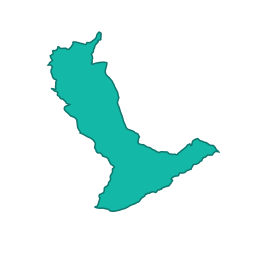 California, Santander, Colombia, rotated 285°
{"feature_id": "7082276B83568043326279", "entity_name": "California", "entity_type": "district", "adm_level": 2, "iso_a3": "COL", "parent_name": "Colombia", "parent_adm1": "Santander", "projection": "natural_earth1", "projection_center": [-72.928, 7.347], "detail": "fine", "context": "isolated", "style": "filled", "palette": "teal", "viewbox_px": 256, "rotation_deg": 285, "n_neighbors": 0, "source": "geoboundaries", "source_scale": "gbopen_adm2", "svg_char_len": 5809}
<svg xmlns="http://www.w3.org/2000/svg" viewBox="0 0 256 256"><g transform="rotate(285 128 128)"><path d="M213.1,75.2L211.7,74.4L210.4,73.9L207.0,73.8L206.0,73.4L205.1,72.9L203.1,71.3L202.0,70.5L201.3,69.7L200.8,69.3L200.3,68.4L200.1,66.8L199.8,66.2L198.2,65.9L197.8,65.6L197.6,65.0L197.5,64.0L197.7,62.2L197.5,60.1L197.6,58.3L197.5,55.2L197.0,52.9L196.5,52.6L195.4,53.1L194.9,53.1L191.2,51.9L190.0,51.1L189.2,50.8L188.4,49.8L188.3,49.5L188.3,48.8L188.9,48.3L188.9,47.3L188.6,45.9L187.7,43.5L187.5,42.4L187.6,41.3L188.4,40.3L188.5,39.7L188.4,39.4L188.2,39.3L186.8,39.4L185.7,39.2L185.0,38.8L184.4,38.2L183.6,36.9L183.5,35.8L183.0,35.3L181.7,35.9L181.1,36.3L179.7,36.3L179.1,35.5L178.3,34.9L177.7,34.2L176.0,35.1L174.8,36.3L174.3,37.1L173.7,37.5L173.3,37.3L170.9,35.5L169.6,35.3L168.1,34.5L168.1,34.8L168.8,36.3L168.6,37.4L167.7,38.9L167.1,39.1L164.0,38.7L162.0,39.2L160.2,40.5L157.8,42.0L156.6,43.1L156.1,44.5L156.2,44.9L156.1,45.9L155.6,46.6L154.4,46.6L153.6,46.4L153.0,46.4L152.4,46.7L151.9,47.1L149.9,47.1L149.2,47.3L147.2,48.2L146.6,47.9L146.5,47.2L146.4,44.2L146.2,44.1L145.3,46.4L144.8,47.2L144.6,48.5L144.7,49.0L144.6,49.8L144.3,50.7L144.0,51.0L141.6,51.2L141.3,51.5L140.7,53.7L139.6,54.5L139.1,55.1L138.9,56.0L138.9,56.6L139.1,58.1L138.2,59.1L137.2,61.0L136.5,61.8L136.1,61.9L135.9,62.4L135.6,65.6L134.3,64.3L133.5,62.9L132.5,61.8L131.7,61.4L130.4,61.4L129.5,61.7L129.1,62.1L128.2,63.3L126.9,66.0L125.0,69.2L124.7,70.0L124.6,72.0L124.3,73.6L123.7,75.0L122.7,76.3L121.2,77.0L120.3,77.3L118.4,78.2L117.1,78.5L115.2,79.5L114.2,80.3L112.0,82.8L111.5,83.2L110.8,83.0L110.7,84.3L110.2,87.0L109.0,91.5L108.7,93.9L108.3,95.2L108.2,95.9L107.8,96.4L107.7,96.9L105.9,99.4L105.3,100.0L104.2,100.6L100.5,100.8L100.0,101.1L98.8,102.5L97.3,103.3L96.9,103.8L96.4,104.5L96.1,105.5L96.6,106.8L96.6,108.0L95.6,110.0L95.4,110.2L94.5,110.5L94.3,110.9L94.2,114.0L93.7,116.0L93.2,116.8L91.5,118.0L90.0,119.6L88.9,120.3L87.4,124.0L86.9,124.7L86.2,124.9L84.6,123.6L83.4,123.7L82.9,124.1L81.6,124.4L79.3,124.1L78.0,123.5L77.4,123.4L75.9,123.5L74.7,124.3L72.5,124.4L70.8,123.5L69.9,123.4L69.0,123.6L67.7,123.5L67.7,123.3L66.6,122.8L66.0,122.3L65.5,121.5L64.1,120.7L62.9,120.8L61.6,121.3L59.2,121.2L58.9,120.9L58.7,120.4L56.8,118.5L56.3,117.7L55.2,117.6L54.3,117.8L54.0,117.9L53.5,118.7L52.8,119.0L49.2,119.0L47.3,118.9L46.2,118.7L44.8,118.6L44.2,118.1L43.5,116.8L43.1,116.6L42.9,117.0L42.9,119.8L43.2,121.3L44.2,125.0L44.2,127.8L44.4,129.3L44.4,130.2L43.5,131.7L43.3,132.7L43.8,135.7L44.3,136.6L44.8,137.9L46.6,141.3L48.4,143.8L49.0,145.1L49.7,146.1L52.0,148.6L53.8,150.2L54.8,151.6L55.5,152.5L56.1,153.5L57.0,154.6L58.2,155.7L59.1,157.0L59.7,157.6L60.4,158.0L61.8,158.4L63.7,159.3L64.9,160.2L65.8,161.1L66.5,161.7L67.0,161.8L68.3,161.9L68.7,162.1L68.9,163.1L70.1,164.0L70.4,165.5L70.9,166.0L71.3,166.1L71.7,166.4L72.1,167.4L72.9,168.6L73.0,169.9L72.8,171.1L73.1,171.6L73.4,171.9L75.9,172.9L76.0,173.1L76.3,174.4L76.6,174.7L77.2,175.1L77.4,176.0L78.1,176.3L78.8,176.3L78.9,176.5L81.1,179.5L81.7,180.7L82.2,181.4L82.3,181.8L83.0,182.6L83.5,182.9L84.4,183.0L85.4,183.7L87.0,184.0L87.4,184.2L88.7,184.6L89.0,184.6L89.3,184.1L89.4,183.6L89.6,183.2L90.4,183.1L91.1,183.3L92.4,184.4L93.2,185.3L94.1,186.7L94.4,188.1L94.9,188.8L95.7,189.2L97.3,189.3L98.0,189.8L98.3,191.4L99.0,193.2L99.4,193.9L100.4,194.8L101.3,195.3L102.1,196.0L102.7,196.8L103.0,197.4L104.1,198.7L104.4,199.5L104.7,199.6L106.5,199.8L107.9,200.3L109.5,200.6L110.0,201.3L110.4,202.6L111.3,204.1L112.5,205.4L114.5,206.4L115.3,207.6L116.1,207.8L117.4,207.8L117.9,207.9L118.1,208.3L118.6,208.3L120.0,210.4L122.7,212.2L122.8,213.5L123.0,214.4L123.5,215.2L123.6,216.2L123.9,216.5L124.7,216.7L126.1,217.2L127.3,218.1L127.8,218.3L128.0,218.6L128.4,220.7L128.4,221.8L128.8,221.4L128.8,221.2L129.4,219.9L130.4,218.4L131.9,217.2L132.2,216.3L132.7,215.8L133.1,215.2L133.0,213.5L132.6,212.3L132.6,211.7L132.8,211.3L133.0,210.3L133.3,209.8L133.8,208.3L134.2,207.6L134.0,206.5L134.0,205.5L134.3,203.9L134.5,200.9L134.7,200.2L135.1,199.6L135.8,198.1L135.6,197.6L134.5,196.0L133.1,194.6L132.3,194.0L131.8,193.8L127.9,193.9L127.3,193.6L127.3,193.4L127.4,193.2L128.3,192.4L128.6,191.9L128.5,191.5L128.0,191.2L127.2,190.1L126.8,189.8L124.4,188.9L123.9,188.4L121.4,186.7L120.2,185.6L118.2,184.4L117.2,183.5L115.0,182.3L114.7,181.9L114.8,180.0L114.3,178.9L114.0,176.7L113.7,176.1L113.7,175.2L114.0,173.7L114.8,172.7L114.9,171.5L114.4,169.8L114.0,167.4L113.7,166.8L113.4,165.6L112.4,164.5L112.4,163.1L112.6,161.4L112.9,161.1L113.0,160.5L113.3,160.0L113.4,158.7L113.5,157.6L114.6,154.6L114.7,153.3L114.6,152.2L114.6,151.3L115.9,147.3L115.4,145.2L115.4,143.8L115.6,143.0L116.1,141.7L116.3,141.5L116.8,141.5L117.6,140.8L118.0,141.2L118.4,141.3L120.4,140.9L121.5,141.0L122.4,141.4L123.6,140.1L124.5,139.4L125.2,137.7L125.1,136.4L125.8,135.2L126.1,134.6L126.2,133.5L126.4,132.9L126.5,132.3L126.5,130.3L126.6,129.8L126.7,128.2L126.9,127.5L127.6,126.6L128.5,125.7L130.4,124.3L132.7,122.4L134.7,121.1L136.3,120.3L136.9,119.7L137.9,119.3L141.5,116.6L145.9,113.9L148.2,112.0L149.9,111.2L151.8,111.1L154.1,111.3L155.2,111.2L156.5,110.3L159.5,108.8L159.4,108.8L160.2,108.3L163.3,105.5L163.8,104.9L166.8,102.7L167.6,101.8L169.1,100.6L171.6,97.0L173.7,93.1L176.4,91.3L177.7,91.2L184.7,91.0L185.6,90.5L185.3,87.4L185.1,86.8L184.0,83.8L183.2,82.0L181.9,79.5L180.8,77.9L180.4,76.8L180.4,76.3L180.6,76.1L182.5,76.4L182.8,76.4L183.4,75.9L183.9,75.7L185.7,75.8L186.5,75.6L188.1,75.0L188.7,74.4L189.3,73.8L190.4,73.7L191.1,74.0L191.7,74.5L192.2,74.7L195.4,74.5L196.5,74.8L199.2,74.8L200.5,75.2L201.0,75.7L201.7,75.9L202.6,76.4L202.9,76.4L203.5,76.8L203.9,76.8L204.2,76.3L204.5,76.3L205.2,76.8L205.5,77.3L205.9,78.5L206.4,78.9L207.7,78.3L208.8,78.4L209.3,78.3L209.5,77.9L210.1,77.8L211.0,78.0L211.4,77.7L212.5,77.4L212.9,76.7L212.9,75.4L213.1,75.2Z" fill="#14b8a6" stroke="#0f766e" stroke-width="1.5"/></g></svg>